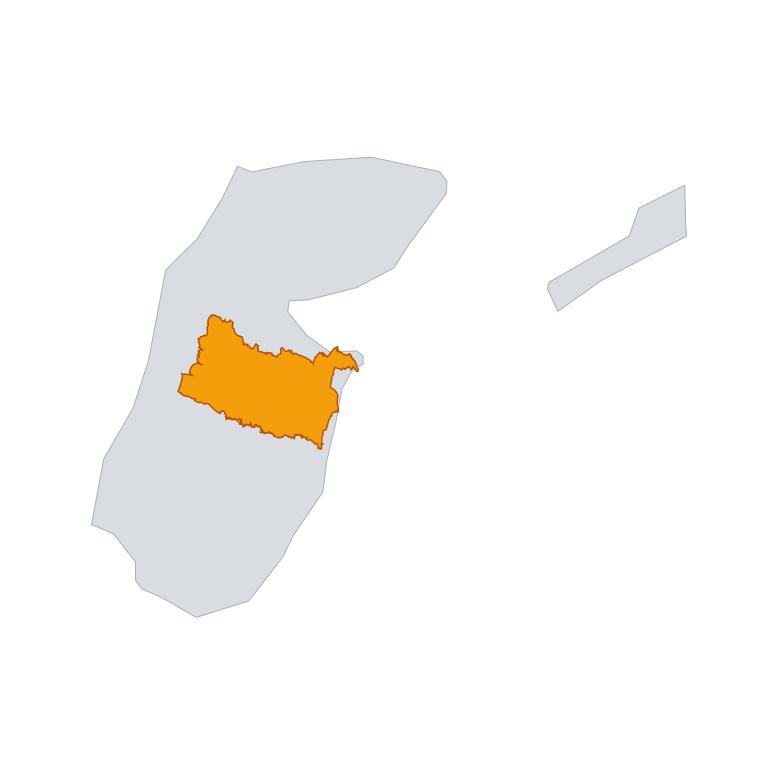 location of Ramallah & Al Bireh, West Bank, Palestine, rotated 197°
{"feature_id": "87354302B37341560226836", "entity_name": "Ramallah & Al Bireh", "entity_type": "district", "adm_level": 2, "iso_a3": "PSE", "parent_name": "Palestine", "parent_adm1": "West Bank", "projection": "orthographic", "projection_center": [35.194, 31.945], "detail": "fine", "context": "in_parent", "style": "filled", "palette": "amber", "viewbox_px": 768, "rotation_deg": 197, "n_neighbors": 0, "source": "geoboundaries", "source_scale": "gbopen_adm2", "svg_char_len": 6822}
<svg xmlns="http://www.w3.org/2000/svg" viewBox="0 0 768 768"><g transform="rotate(197 384 384)"><path d="M622.6,164.1L630.1,230.4L617.0,287.1L616.0,336.8L626.1,429.0L605.0,468.3L592.9,514.6L587.7,549.5L572.6,548.0L525.3,573.4L462.3,597.2L392.9,603.3L383.0,596.2L380.3,584.1L400.7,525.4L408.6,497.8L438.6,468.0L481.1,442.3L499.1,435.8L497.1,424.7L471.7,407.7L445.3,398.8L420.2,407.6L412.4,404.9L409.8,397.3L418.6,386.8L422.7,367.1L418.9,334.1L416.3,293.9L410.9,262.9L426.5,212.4L430.4,188.4L449.9,137.0L495.4,105.9L534.6,114.9L555.3,117.2L564.0,123.2L569.7,141.1L598.7,161.6L622.6,164.1ZM238.9,504.4L255.5,522.7L256.0,529.4L192.6,597.5L191.7,626.8L154.4,662.1L142.9,626.7L137.9,613.9L206.3,546.7L238.9,504.4Z" fill="#d9dde1" stroke="#a8b0b8" stroke-width="1"/><path d="M578.7,316.7L578.0,316.6L576.9,315.7L575.5,316.1L574.3,314.9L571.6,314.3L570.5,314.6L569.4,314.5L568.4,315.2L562.7,314.0L560.3,314.6L560.1,314.1L560.3,312.9L558.0,312.2L555.0,312.2L554.2,313.1L550.4,312.3L548.7,312.8L548.8,313.5L548.1,313.7L545.4,313.6L543.8,312.4L537.0,309.1L532.7,307.8L531.8,308.1L531.9,309.1L531.1,311.1L529.2,311.0L527.9,310.0L528.0,309.5L527.6,309.4L527.1,308.5L525.9,308.1L525.7,307.2L526.0,306.4L525.5,305.8L525.2,306.0L524.8,305.5L524.8,304.1L524.6,304.0L523.4,305.0L522.1,305.4L523.4,306.2L523.0,306.5L522.6,306.1L522.5,306.6L521.1,306.3L521.1,306.8L519.6,305.9L519.7,305.5L519.1,305.3L518.8,305.9L517.6,305.8L516.9,306.3L517.4,306.6L517.5,307.2L515.8,307.3L515.7,306.7L515.0,306.7L513.9,305.9L513.3,305.9L514.0,306.4L511.4,307.7L511.9,308.5L511.3,308.4L510.7,307.5L509.7,307.8L509.9,306.5L509.4,306.0L511.3,305.0L510.9,304.7L510.0,305.2L510.7,304.3L510.3,303.6L509.2,304.6L509.4,303.8L508.7,304.1L508.7,303.7L508.1,303.9L506.9,303.4L506.7,303.1L506.8,302.7L506.3,302.0L505.4,302.4L506.0,302.9L505.5,303.2L505.0,304.6L504.5,304.4L505.1,303.4L504.5,304.2L504.3,303.9L503.9,304.3L504.1,304.9L503.8,305.2L503.2,304.8L502.6,305.3L501.4,305.3L501.2,304.7L500.5,304.8L500.6,305.4L499.7,305.9L499.8,306.4L500.3,306.3L500.1,307.8L499.3,307.3L499.1,306.7L499.5,306.0L499.2,305.5L498.1,305.4L498.0,304.1L497.3,304.7L496.3,304.4L495.2,304.9L495.3,305.7L494.9,305.7L494.7,306.4L495.4,306.9L494.2,307.8L493.3,307.4L492.9,306.2L491.1,306.4L490.6,306.7L490.6,307.3L490.2,307.2L489.3,306.3L488.7,304.2L487.9,304.8L487.6,304.4L487.0,304.6L486.9,303.5L486.5,303.6L486.4,303.1L485.8,302.9L488.3,301.8L487.6,301.4L487.1,301.6L487.7,301.6L485.1,302.4L484.7,301.7L483.9,302.1L483.8,301.8L482.5,302.5L482.6,302.9L481.6,302.9L480.7,303.2L480.3,304.4L479.8,304.7L478.6,304.4L479.3,303.8L478.1,303.5L478.3,303.3L475.9,304.1L475.6,303.5L475.0,303.4L474.7,302.9L474.0,302.8L474.3,302.1L469.4,301.8L467.1,302.4L466.6,303.5L466.0,303.3L465.3,303.5L464.8,305.4L463.3,306.5L459.6,305.4L459.5,305.9L459.2,305.5L458.2,306.1L457.3,305.6L457.4,305.8L456.6,306.1L455.3,306.2L454.1,305.8L454.6,307.0L454.2,307.3L453.8,307.0L453.8,307.9L454.6,308.8L453.7,310.0L453.0,310.3L452.6,309.6L450.4,310.1L449.2,311.4L448.7,310.9L447.8,310.8L448.8,310.3L447.9,310.1L447.7,308.8L447.3,308.6L446.1,308.8L445.9,310.2L443.7,309.6L442.1,310.2L442.4,308.6L440.8,307.9L439.1,308.5L439.1,309.2L438.6,309.3L436.8,308.8L435.8,307.9L434.6,308.0L432.4,306.3L431.8,307.3L430.6,307.4L429.2,305.8L428.2,303.2L427.6,303.8L425.9,303.0L424.8,303.8L425.9,306.9L424.9,308.6L426.2,308.3L426.3,308.8L427.5,313.6L427.8,316.0L427.5,316.9L427.9,317.9L427.8,319.4L428.1,319.9L428.3,321.8L427.6,322.6L426.2,323.2L426.0,325.0L426.2,332.7L425.3,338.1L424.7,338.3L425.2,339.4L424.8,341.4L424.0,342.3L421.6,343.0L421.6,344.2L420.6,344.4L419.5,344.1L420.4,346.8L423.2,351.8L424.8,359.2L425.4,360.5L429.0,363.6L433.9,365.0L434.6,366.0L435.4,373.8L436.2,376.2L435.0,378.8L436.1,380.9L435.8,384.7L436.0,385.4L430.9,385.5L428.6,385.1L428.2,386.6L427.6,387.4L426.4,386.6L425.3,386.7L425.1,388.0L424.0,388.5L423.9,389.4L423.4,389.3L423.1,390.2L421.2,389.9L419.9,388.0L419.2,388.3L418.7,389.6L418.9,391.6L417.3,390.8L414.1,388.2L412.6,388.5L412.6,389.5L413.2,390.8L414.4,391.5L415.7,394.2L416.4,394.5L418.4,397.3L420.1,397.8L420.4,399.1L421.4,398.8L421.7,399.3L423.2,400.0L423.2,401.4L424.3,401.9L424.8,401.6L425.5,402.8L426.5,402.4L427.3,401.2L427.2,400.9L431.4,400.4L433.7,401.6L436.0,401.6L436.1,402.1L437.0,402.4L437.8,401.2L438.1,401.3L437.5,402.4L438.2,402.6L438.4,402.1L438.7,402.2L438.2,403.2L439.2,403.4L438.8,403.7L438.7,404.9L439.4,406.0L441.9,403.8L446.0,393.3L451.3,395.9L450.3,393.5L449.2,393.3L449.9,393.1L450.8,393.4L451.7,394.2L452.5,395.4L453.1,394.9L454.7,395.4L457.7,388.9L457.7,382.9L458.4,383.7L460.1,383.5L459.8,384.0L462.7,385.6L465.4,385.5L465.9,386.2L467.2,386.6L468.6,386.3L471.5,386.9L473.7,386.5L473.8,386.9L474.5,387.0L475.4,386.9L477.4,387.5L478.8,386.8L479.2,385.9L480.7,386.8L481.9,386.8L481.5,387.5L481.6,388.2L482.2,388.0L482.7,388.9L483.1,388.9L484.3,388.6L484.3,388.3L484.7,388.5L485.2,387.4L486.0,387.4L487.3,386.5L489.9,387.5L491.7,389.0L492.8,388.2L492.9,387.2L493.4,387.6L492.0,385.1L491.7,382.6L492.1,382.0L493.5,381.5L494.2,379.1L494.0,378.6L494.4,378.4L497.5,379.1L498.9,378.7L499.5,379.2L500.1,380.5L500.9,380.6L501.3,380.1L502.3,380.5L502.9,380.0L505.2,379.9L505.3,378.4L506.2,379.1L506.9,378.9L506.8,378.4L508.4,378.8L509.5,378.6L510.6,379.0L510.6,378.8L512.0,378.5L513.7,378.6L514.5,379.2L514.8,379.9L514.6,380.9L515.5,382.0L515.2,383.2L515.5,383.0L516.1,383.5L516.0,383.9L518.1,384.8L519.7,379.3L520.1,379.0L520.9,379.4L521.0,379.0L523.0,379.7L523.7,380.7L525.4,380.4L525.8,382.1L528.1,381.6L528.1,381.1L529.9,380.6L530.0,382.8L531.0,383.1L533.2,387.4L537.2,387.6L537.6,387.4L540.3,388.5L542.6,390.7L543.8,393.1L545.4,393.5L546.1,395.8L546.1,397.5L546.5,398.7L547.7,399.4L549.0,399.4L549.7,400.1L550.2,398.3L550.8,398.4L550.9,397.9L551.9,397.3L553.7,397.1L554.6,398.0L554.8,398.8L555.4,397.7L555.4,396.8L556.1,396.5L556.5,396.6L556.6,397.2L558.2,397.5L558.4,398.4L560.4,399.8L561.0,399.3L561.7,399.8L562.7,399.5L563.6,400.1L564.3,399.8L567.2,400.3L567.8,399.5L568.8,399.6L569.2,399.2L569.2,398.7L569.7,398.5L569.4,397.7L570.6,396.5L570.8,392.5L569.9,391.2L570.3,389.8L569.3,389.2L569.3,388.2L569.8,386.5L567.8,381.5L567.7,379.3L568.4,378.2L569.0,378.4L569.8,377.7L570.6,377.7L571.6,376.2L573.2,375.6L573.9,373.1L574.9,372.8L573.2,370.5L573.5,369.8L573.1,369.5L573.2,369.2L571.6,367.5L571.8,367.2L571.1,366.3L571.8,365.5L571.7,364.9L571.1,364.4L569.9,364.7L569.5,364.2L568.3,364.2L566.6,363.2L568.7,363.3L571.2,361.8L570.8,361.4L571.0,360.8L570.3,360.5L570.3,360.0L569.6,359.9L570.5,358.5L569.5,357.6L570.3,357.4L569.4,356.4L570.1,356.1L568.9,355.6L569.6,354.3L570.1,354.1L570.0,352.8L569.1,351.6L565.6,349.2L563.8,349.4L564.0,348.9L565.6,349.1L568.4,350.1L572.5,345.9L573.5,342.8L573.4,337.9L569.8,336.3L577.2,335.3L577.6,334.9L578.7,334.9L579.6,334.5L580.3,334.7L579.1,332.6L578.3,326.2L578.7,316.7Z" fill="#f59e0b" stroke="#b45309" stroke-width="1.5"/></g></svg>